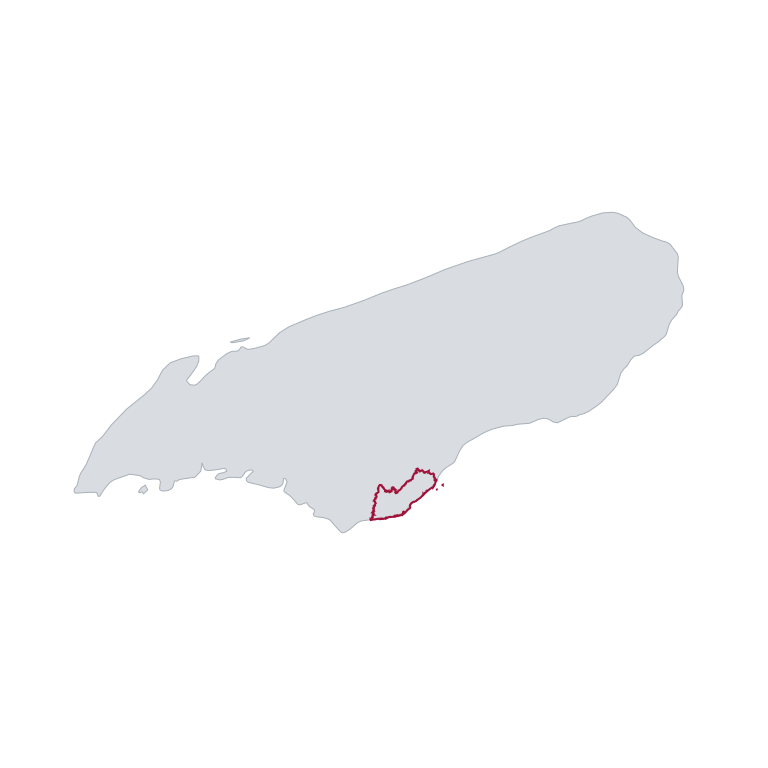 Maintirano, Melaky, Madagascar (highlighted), rotated 234°
{"feature_id": "10022922B40533998311047", "entity_name": "Maintirano", "entity_type": "district", "adm_level": 2, "iso_a3": "MDG", "parent_name": "Madagascar", "parent_adm1": "Melaky", "projection": "natural_earth1", "projection_center": [44.435, -17.734], "detail": "fine", "context": "in_parent", "style": "outline", "palette": "rose", "viewbox_px": 768, "rotation_deg": 234, "n_neighbors": 0, "source": "geoboundaries", "source_scale": "gbopen_adm2", "svg_char_len": 9095}
<svg xmlns="http://www.w3.org/2000/svg" viewBox="0 0 768 768"><g transform="rotate(234 384 384)"><path d="M490.2,86.4L492.0,91.3L494.1,96.0L500.7,107.2L503.5,111.6L505.9,116.2L507.0,125.4L511.2,139.6L515.0,161.1L516.1,183.1L517.2,193.3L520.3,202.8L525.3,212.7L526.8,223.6L523.6,234.9L519.1,245.6L517.9,247.6L515.8,250.4L514.8,250.2L511.3,247.5L508.4,243.0L504.7,232.4L503.4,227.0L501.9,226.1L497.5,226.6L494.4,230.0L493.8,232.1L494.4,238.0L495.6,243.4L496.1,248.9L496.1,255.8L497.3,257.8L499.0,259.6L500.7,264.1L501.0,274.8L499.8,280.2L496.7,284.9L496.9,287.5L498.0,290.1L496.9,291.7L492.8,293.7L491.2,295.5L488.9,300.2L485.3,309.9L484.8,314.8L486.9,329.8L486.2,340.5L481.5,360.9L478.9,370.5L475.1,382.1L469.3,397.3L463.6,416.4L458.7,436.1L455.1,447.9L451.1,459.6L445.5,480.2L440.7,501.1L433.7,524.1L424.1,549.8L423.1,553.2L421.0,566.3L418.9,577.7L416.3,588.9L410.9,607.6L410.2,613.3L409.0,618.8L403.8,630.5L401.7,634.9L400.1,639.5L399.2,645.3L397.7,651.0L393.9,661.4L388.3,670.3L384.6,673.6L376.4,678.3L372.3,679.3L363.1,679.4L354.2,682.1L345.0,687.2L336.1,693.2L332.7,696.0L328.9,697.6L317.2,697.9L313.7,696.7L301.9,686.9L297.4,685.3L288.8,684.0L286.2,683.1L283.8,681.9L280.3,676.8L273.4,672.5L271.7,671.1L270.7,668.1L270.0,664.9L268.2,661.4L266.8,654.6L264.6,649.8L258.2,641.4L257.5,638.7L256.9,629.8L257.1,623.7L256.5,612.6L257.2,607.4L259.5,602.8L258.5,597.7L256.1,592.3L255.2,586.8L253.5,581.8L246.7,572.8L245.2,568.3L244.1,563.7L241.5,549.3L241.2,544.3L241.5,533.7L242.5,528.3L244.1,524.5L244.5,521.7L245.5,519.3L247.1,517.3L248.2,515.0L250.7,501.5L253.9,498.5L258.6,496.7L262.4,493.2L264.5,488.4L266.7,478.6L272.7,468.8L274.8,463.7L279.6,456.0L283.8,445.1L285.1,439.9L286.1,434.7L287.2,423.1L288.0,417.4L287.8,411.7L285.4,405.8L279.5,395.2L279.3,393.3L279.8,385.4L279.3,379.7L277.2,374.0L274.4,368.6L271.7,358.6L270.4,342.1L270.6,336.1L269.8,330.8L267.9,325.7L269.3,316.9L286.7,284.9L287.3,281.1L286.6,271.3L286.9,265.6L287.6,263.5L288.9,262.3L291.9,261.7L306.0,260.3L307.8,259.3L311.4,256.6L316.2,251.4L318.4,249.9L320.4,250.4L321.6,252.7L323.2,253.9L328.9,251.5L331.1,251.5L333.3,251.8L334.3,249.7L335.0,246.8L335.8,244.7L337.3,243.5L344.7,242.9L349.4,242.1L355.5,240.0L356.8,240.4L361.6,247.8L363.1,248.4L365.0,248.7L366.7,247.4L362.7,243.5L362.1,241.3L362.3,238.9L364.5,233.6L368.1,229.6L376.0,223.5L384.2,216.4L386.6,215.9L388.6,217.0L390.1,225.4L389.9,226.7L391.3,226.9L392.8,225.9L394.2,222.5L394.2,219.7L393.1,217.0L392.6,214.8L392.6,212.7L396.7,207.8L400.0,203.0L401.6,197.4L402.9,194.8L406.4,191.9L407.4,192.4L408.2,194.8L408.6,197.3L407.7,199.8L406.5,202.2L405.9,205.5L407.9,206.1L409.7,205.3L412.4,199.4L415.5,193.8L417.4,190.9L419.7,188.8L423.5,189.2L427.2,190.5L421.2,184.6L419.7,176.4L427.0,162.4L427.0,159.4L428.1,158.5L428.6,157.4L424.9,152.7L424.2,150.3L424.7,146.7L426.5,143.6L428.1,141.3L430.4,140.5L432.2,141.7L436.2,145.6L438.9,146.2L442.2,142.5L444.9,137.8L449.0,134.6L453.5,132.6L460.5,125.2L465.1,109.8L465.5,105.3L464.5,99.9L462.9,94.7L460.3,88.2L461.0,86.8L464.8,87.7L466.1,86.8L470.2,81.0L477.1,70.1L479.3,70.1L481.3,72.1L482.0,75.1L483.3,77.3L487.9,82.6L490.2,86.4ZM442.5,129.7L442.5,131.4L437.3,130.7L436.5,124.9L439.0,124.7L439.6,122.3L441.2,122.0L442.8,127.2L442.5,129.7ZM504.7,294.2L500.2,302.7L501.5,295.6L506.7,285.3L508.2,284.5L504.7,294.2Z" fill="#d9dde1" stroke="#a8b0b8" stroke-width="1"/><path d="M281.7,293.3L281.4,293.8L281.1,294.8L280.5,296.1L280.1,296.3L279.9,297.1L279.6,297.4L278.4,300.2L278.0,300.4L277.3,301.9L276.3,303.4L275.9,303.6L275.9,303.1L275.2,304.2L274.7,305.6L274.9,305.5L274.0,306.0L273.8,307.4L274.6,306.5L274.8,306.9L274.8,307.2L274.6,307.2L274.5,306.9L274.1,307.3L273.9,308.4L273.4,309.7L273.5,309.9L273.0,310.9L272.6,311.4L272.9,310.5L270.9,313.9L270.8,314.9L270.9,315.1L271.2,315.1L271.3,314.4L271.6,314.3L271.4,314.5L271.3,315.1L270.9,315.3L270.8,315.6L270.7,315.1L270.3,314.6L270.1,315.0L269.5,316.8L269.5,317.2L269.3,317.8L269.2,317.3L268.9,317.8L267.6,321.3L267.3,321.6L268.3,322.7L268.2,323.5L268.7,323.9L268.5,324.3L269.1,324.4L269.1,324.5L269.0,324.8L269.2,324.6L269.3,324.8L269.0,325.0L269.1,324.5L268.7,324.5L268.4,324.3L268.6,323.9L268.0,323.6L268.1,322.8L267.5,322.2L267.3,322.2L267.3,322.5L267.4,323.6L267.3,324.2L267.8,327.5L268.3,328.8L268.2,329.0L268.3,330.5L268.4,331.1L268.2,331.6L268.3,332.0L268.6,332.5L269.1,333.0L269.6,333.2L270.2,333.2L270.4,333.4L271.0,334.3L271.6,336.3L271.4,338.7L270.9,339.1L270.7,340.2L270.7,340.3L271.4,340.6L270.8,340.6L270.5,341.1L270.8,342.9L270.7,343.4L270.6,342.1L270.6,346.9L270.9,348.6L271.1,349.2L270.9,349.1L270.9,349.7L271.3,350.4L271.3,350.9L271.6,351.1L271.2,351.1L271.0,350.3L270.9,350.1L271.6,352.5L272.2,352.5L272.6,352.3L272.3,352.6L271.9,352.6L271.7,352.9L271.5,352.6L271.8,353.9L271.8,355.1L272.1,356.1L272.4,356.0L272.3,356.6L272.6,356.5L272.7,356.8L273.0,356.9L272.7,356.9L272.3,356.6L271.9,356.1L272.1,357.7L272.1,360.5L272.0,361.6L271.8,361.8L272.1,362.6L272.3,362.5L272.1,362.7L272.0,362.3L271.8,362.3L271.8,363.4L272.3,363.7L272.5,363.5L272.2,364.0L271.7,363.6L271.9,364.2L272.5,364.8L272.2,364.9L272.8,366.1L274.7,368.5L274.8,369.3L275.5,370.4L275.4,369.8L275.4,369.6L275.7,369.8L275.7,370.0L275.8,370.1L276.1,369.7L276.4,369.6L276.6,369.4L276.6,369.2L276.7,369.3L276.8,369.1L276.9,369.3L276.9,369.0L276.9,369.3L277.3,369.4L277.7,369.2L278.0,369.4L278.0,369.6L278.4,369.8L278.6,370.1L278.9,369.9L278.9,369.7L279.8,369.7L280.6,370.4L280.8,370.8L281.3,370.9L281.4,371.2L281.9,371.4L282.7,371.2L283.1,370.1L283.2,369.6L283.7,368.8L284.1,368.6L284.4,368.5L284.9,368.7L285.5,368.7L286.0,368.4L286.1,368.1L286.3,368.5L286.5,368.6L286.6,368.4L287.4,369.2L287.5,368.2L288.3,365.7L288.1,364.8L288.5,364.4L288.7,364.5L288.8,364.3L289.1,364.2L289.6,364.3L289.6,364.6L290.1,364.4L290.2,364.5L291.1,364.4L291.8,364.2L291.7,363.9L291.8,363.3L292.1,362.9L292.0,362.3L292.1,361.7L293.1,361.8L293.7,361.0L294.2,361.6L294.8,361.3L295.0,360.9L295.7,361.6L295.8,361.6L296.0,361.1L295.9,360.7L296.1,360.4L295.6,360.1L295.0,359.1L295.0,358.3L294.2,357.9L294.0,358.3L292.9,358.5L293.0,357.4L293.3,356.5L293.8,356.1L293.5,355.2L292.3,353.5L292.4,353.2L292.0,352.4L291.5,352.0L291.2,352.1L291.0,351.9L290.7,352.0L290.4,351.5L290.6,351.0L290.6,350.4L290.3,349.2L290.6,349.2L290.6,348.7L291.0,348.2L291.1,347.6L290.8,347.3L290.9,346.8L290.7,346.5L291.1,346.0L291.5,345.8L291.6,345.1L291.4,344.4L291.2,344.1L291.2,343.8L290.5,343.3L290.8,342.6L290.7,342.2L290.2,341.4L289.9,341.2L289.9,340.8L290.3,340.8L290.4,340.6L290.1,340.2L290.3,339.7L290.1,337.8L290.0,337.5L289.6,337.3L289.5,337.0L289.3,336.7L289.3,336.2L289.2,336.0L288.9,334.0L289.0,333.7L289.0,333.3L289.1,333.0L289.3,332.9L288.9,332.0L288.8,331.2L288.5,331.2L288.5,330.9L288.3,330.8L288.6,329.6L288.8,329.3L289.9,329.4L289.9,329.7L290.2,330.1L290.9,330.6L291.4,330.7L291.4,331.2L291.6,331.4L292.0,331.2L292.3,330.8L292.4,330.2L293.0,329.9L293.1,330.0L293.3,329.8L293.7,330.1L293.6,330.7L293.9,330.6L294.0,330.8L294.6,331.0L295.2,330.5L295.0,329.9L295.4,329.7L295.3,329.3L295.0,328.9L294.3,328.9L294.2,328.2L293.4,327.7L293.7,327.4L293.6,327.2L293.2,327.2L292.8,326.9L293.1,326.3L293.0,325.8L293.2,325.6L293.2,325.9L293.4,325.9L293.4,325.6L293.5,325.5L293.4,324.9L293.9,325.0L294.0,324.8L293.9,324.8L294.1,324.6L294.2,324.9L294.4,324.8L294.6,324.9L294.5,324.6L294.6,324.3L294.8,324.1L294.9,323.8L295.1,323.8L295.2,324.0L295.5,323.9L295.3,323.1L295.3,322.5L295.5,322.3L296.1,322.4L296.7,323.0L296.9,322.8L296.8,322.6L297.2,322.6L297.2,322.2L297.7,322.6L299.0,322.3L299.7,322.6L300.2,322.3L300.8,322.7L301.4,322.2L301.8,322.5L302.7,322.2L303.3,322.5L303.5,322.1L304.1,322.1L304.8,321.3L304.6,320.8L304.6,320.2L303.8,319.0L303.6,318.4L303.3,318.1L302.9,317.5L302.4,317.3L302.2,317.6L301.5,316.9L301.1,316.9L299.9,316.2L299.9,315.9L299.7,315.2L299.9,314.6L299.8,314.4L300.0,313.2L299.9,312.8L299.6,312.7L299.6,312.3L299.6,312.1L299.3,311.9L299.2,312.2L298.5,312.0L298.4,312.1L298.3,311.9L297.9,312.0L297.0,311.7L297.0,311.3L296.9,310.7L296.6,310.4L296.8,309.8L296.1,309.7L296.2,309.3L296.3,309.1L295.8,308.2L295.9,307.9L295.6,307.3L295.3,307.6L295.0,307.3L294.7,307.4L294.6,307.6L293.9,307.5L293.7,307.3L293.5,307.5L293.0,307.2L292.5,307.2L292.5,306.8L291.6,305.8L291.7,305.4L291.4,305.1L291.0,305.1L291.1,304.7L291.0,304.4L291.2,304.1L290.8,303.9L291.0,303.9L290.9,303.7L290.6,303.6L290.4,303.2L290.2,303.6L289.7,303.0L289.4,302.7L289.6,302.6L289.6,302.4L289.4,302.4L289.3,301.9L288.8,301.7L288.2,301.8L288.2,301.5L287.9,301.3L287.7,301.3L287.7,300.5L287.4,300.3L287.3,300.0L287.0,300.2L287.1,299.7L287.0,299.3L286.8,299.6L286.4,299.4L286.3,299.6L286.0,299.2L285.7,299.5L285.8,299.6L285.7,299.7L285.2,299.4L285.1,299.2L285.3,299.3L285.3,299.2L285.0,298.9L284.4,299.0L284.6,298.8L284.3,298.6L284.3,298.2L283.9,297.7L283.8,297.3L283.8,297.1L284.1,297.1L283.8,296.8L283.5,297.0L283.4,296.8L282.9,296.7L282.9,296.1L282.7,295.8L283.0,295.6L283.0,295.3L282.5,294.9L282.6,294.3L282.3,294.3L282.3,294.0L282.5,293.9L282.0,293.7L282.1,293.4L281.7,293.3ZM267.9,372.4L267.9,372.0L267.5,372.1L267.7,372.3L267.9,372.4ZM267.6,364.6L267.7,364.4L267.7,364.1L267.5,364.5L267.6,364.6Z" fill="none" stroke="#9f1239" stroke-width="2"/></g></svg>